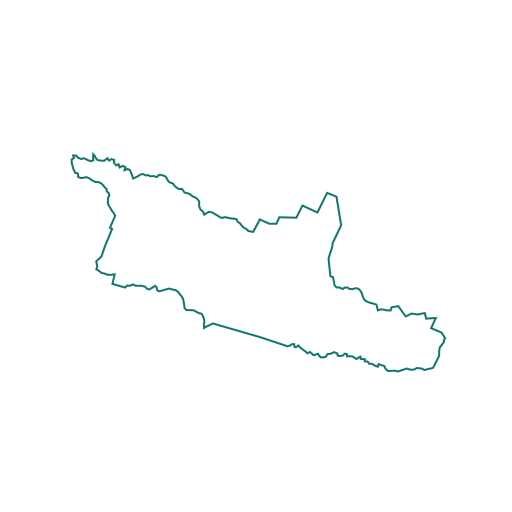 Santa Cruz do Sul, Rio Grande do Sul, Brazil, rotated 114°
{"feature_id": "56859067B37224130569598", "entity_name": "Santa Cruz do Sul", "entity_type": "district", "adm_level": 2, "iso_a3": "BRA", "parent_name": "Brazil", "parent_adm1": "Rio Grande do Sul", "projection": "orthographic", "projection_center": [-52.406, -29.65], "detail": "fine", "context": "isolated", "style": "outline", "palette": "teal", "viewbox_px": 512, "rotation_deg": 114, "n_neighbors": 0, "source": "geoboundaries", "source_scale": "gbopen_adm2", "svg_char_len": 3716}
<svg xmlns="http://www.w3.org/2000/svg" viewBox="0 0 512 512"><g transform="rotate(114 256 256)"><path d="M342.9,274.2L340.8,272.8L339.2,271.3L337.3,269.7L335.2,268.0L328.5,219.5L325.9,193.2L325.8,190.9L324.1,188.6L322.1,187.4L321.0,185.4L323.5,183.6L322.3,181.8L320.5,180.9L321.5,178.9L322.4,175.4L323.2,171.7L324.0,169.5L321.7,167.7L322.4,165.5L323.2,163.1L321.6,161.1L320.1,159.7L321.4,157.8L322.2,155.6L321.0,152.9L319.4,151.1L316.6,150.8L315.0,148.1L312.1,145.6L312.0,142.0L313.8,140.9L313.1,138.4L311.5,136.1L309.1,135.2L308.7,133.0L310.7,132.0L309.2,129.2L308.6,127.1L308.8,124.7L309.3,122.3L307.5,121.3L305.5,119.7L307.4,118.5L306.0,114.6L308.0,113.9L307.1,111.1L308.4,108.7L307.4,106.3L307.8,102.6L307.6,99.7L304.9,100.0L304.8,97.4L304.3,94.2L306.2,92.0L307.4,88.9L306.2,86.1L305.0,84.1L304.2,81.9L303.6,79.1L301.2,76.6L299.3,74.4L297.6,72.8L297.2,69.5L296.4,67.0L295.0,65.0L292.9,63.6L292.1,61.0L291.4,58.8L291.7,55.7L289.5,53.2L287.9,50.9L286.4,49.0L284.4,48.6L272.8,48.1L268.0,50.1L264.7,50.9L261.1,50.0L258.5,49.4L256.2,50.1L254.1,49.8L250.5,55.4L250.7,66.7L239.5,66.5L244.0,75.1L239.5,78.6L243.7,84.6L245.3,90.4L250.3,94.7L243.9,105.7L247.8,111.3L251.0,110.9L252.4,114.2L253.1,117.9L254.3,120.7L256.1,122.6L253.2,124.8L251.4,126.3L251.8,129.5L252.4,133.2L252.5,136.5L252.0,138.8L250.8,140.6L249.3,142.2L247.4,143.8L245.6,146.1L244.2,149.1L244.9,151.9L246.9,154.3L248.1,157.1L247.6,159.7L248.9,162.3L250.8,163.2L250.9,167.2L252.0,169.6L250.8,172.3L244.1,177.0L244.1,179.9L229.0,188.6L225.8,189.1L216.8,190.0L213.2,191.2L193.3,190.7L169.1,206.6L169.4,216.7L191.3,217.6L191.0,234.1L204.6,234.7L211.1,250.4L218.3,250.5L219.6,253.6L221.1,256.9L221.1,267.5L223.1,267.5L235.2,268.4L236.3,273.2L235.1,276.1L235.1,278.5L234.1,281.4L232.8,283.5L232.1,286.7L230.3,288.6L230.8,291.2L231.8,293.8L232.7,298.3L233.4,300.8L235.1,302.3L235.2,305.0L234.7,307.5L234.4,311.0L234.0,313.6L234.8,317.0L239.3,320.2L237.1,322.3L236.0,325.8L233.6,328.2L229.3,330.1L227.8,332.8L227.2,335.2L227.3,338.1L226.4,341.6L226.5,344.1L227.1,347.1L224.8,350.9L226.2,353.9L225.4,358.1L223.5,361.5L223.9,364.8L223.1,366.8L220.6,370.2L220.0,372.3L221.0,377.4L224.3,378.8L224.5,381.7L226.2,385.1L226.0,387.6L227.3,389.5L227.0,392.2L228.6,394.8L231.0,396.2L232.9,397.8L235.2,399.8L232.1,402.6L228.7,406.2L228.8,408.7L231.1,411.0L227.9,411.4L227.9,414.4L230.6,416.6L228.1,418.9L230.1,420.5L228.4,424.0L225.9,424.6L226.3,427.5L228.6,429.0L227.1,431.6L230.7,433.3L232.1,436.9L232.8,439.7L231.7,442.2L230.2,444.0L229.3,446.0L232.4,444.8L234.7,443.5L236.4,445.3L236.9,448.2L236.6,451.0L236.8,453.1L238.5,455.1L238.6,458.6L237.4,461.3L238.6,463.9L240.5,462.2L243.0,463.6L246.1,462.1L248.9,459.7L251.3,457.8L253.6,454.8L253.0,452.6L254.5,451.3L256.2,450.6L256.0,447.8L254.7,445.4L253.0,443.2L252.8,440.1L253.6,436.7L253.7,432.7L252.6,430.0L252.6,426.9L253.5,424.7L254.6,422.4L255.6,419.7L257.6,418.7L258.5,416.1L260.4,414.6L263.0,414.8L266.7,413.4L269.2,411.9L271.0,409.2L273.2,406.2L274.7,403.4L276.5,401.0L289.6,400.9L289.8,398.5L301.1,398.1L306.6,398.1L310.7,397.8L319.1,397.0L321.0,397.7L322.8,398.4L325.9,399.8L328.2,398.1L330.5,396.6L333.1,396.5L333.6,392.6L334.3,390.2L333.7,387.6L333.6,384.8L332.5,381.3L330.2,377.7L339.9,375.8L338.6,366.6L338.1,362.9L335.3,361.6L334.6,359.2L332.1,357.0L332.1,353.9L331.1,351.5L329.9,348.8L329.1,344.9L330.3,342.2L330.1,340.0L327.2,337.9L324.3,336.1L325.1,333.9L327.4,332.5L327.7,330.1L322.1,323.4L320.9,321.6L320.5,318.3L319.9,315.1L320.5,312.7L321.9,310.1L323.5,306.7L326.1,304.2L328.2,302.9L330.2,301.5L332.8,300.0L333.7,297.4L332.1,293.8L330.9,290.5L331.3,287.4L331.4,284.5L330.9,282.3L332.4,280.1L334.5,278.1L336.5,276.6L339.1,276.0L342.9,274.2Z" fill="none" stroke="#0f766e" stroke-width="2"/></g></svg>